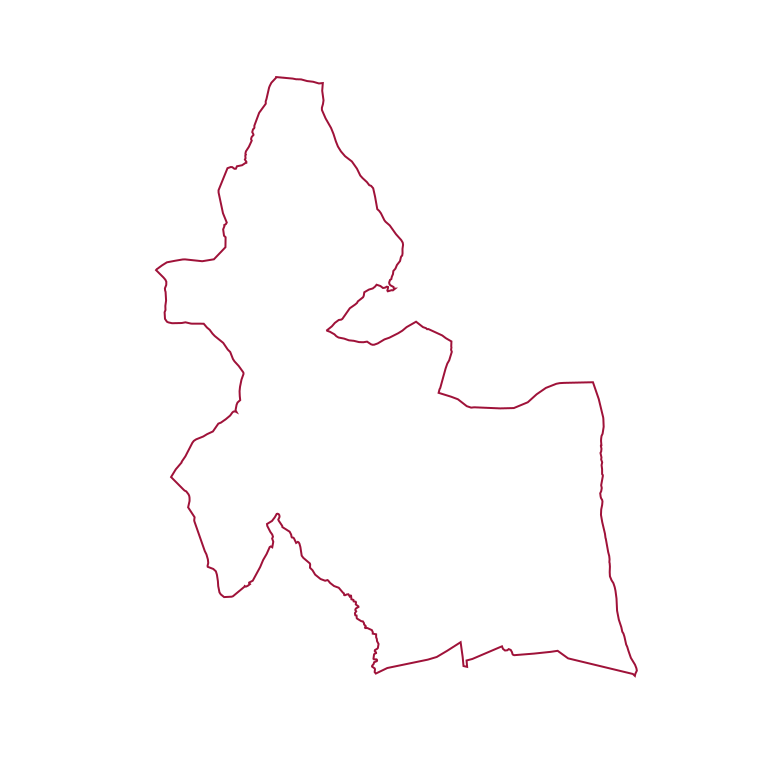 outline of Carta, Sibiu, Romania, rotated 354°
{"feature_id": "2599482B3340713178637", "entity_name": "Carta", "entity_type": "district", "adm_level": 2, "iso_a3": "ROU", "parent_name": "Romania", "parent_adm1": "Sibiu", "projection": "orthographic", "projection_center": [24.558, 45.797], "detail": "fine", "context": "isolated", "style": "outline", "palette": "rose", "viewbox_px": 768, "rotation_deg": 354, "n_neighbors": 0, "source": "geoboundaries", "source_scale": "gbopen_adm2", "svg_char_len": 6148}
<svg xmlns="http://www.w3.org/2000/svg" viewBox="0 0 768 768"><g transform="rotate(354 384 384)"><path d="M605.5,695.5L605.3,693.1L604.3,689.4L600.9,682.2L599.2,674.9L598.4,670.7L597.6,668.4L596.7,660.4L596.0,657.1L595.1,655.3L594.6,650.7L592.9,642.9L592.1,633.8L592.8,621.7L592.6,613.9L592.2,610.1L591.3,606.0L589.8,603.0L588.6,598.9L588.8,594.7L589.6,589.2L589.7,585.8L589.5,584.8L590.0,581.9L590.0,578.6L589.4,574.7L588.4,560.9L588.2,560.3L588.1,556.0L586.6,544.2L586.1,536.8L586.9,531.5L588.3,527.1L589.0,523.7L588.8,522.0L588.0,520.4L587.7,518.9L587.6,515.3L588.8,513.3L589.7,510.2L589.4,507.4L592.0,498.5L592.1,497.5L591.5,496.4L592.0,491.5L591.9,487.5L592.8,484.7L592.1,481.7L592.6,479.8L592.1,475.2L592.9,473.9L593.5,471.2L593.2,468.2L593.4,467.6L593.8,467.6L593.9,463.3L594.2,461.3L594.9,458.4L596.2,456.3L598.0,449.5L598.5,441.8L598.5,440.2L596.0,421.4L592.0,404.1L563.2,401.7L558.8,401.5L555.4,401.8L544.6,404.8L534.7,410.2L525.1,417.2L510.6,421.5L497.0,420.4L471.3,416.6L468.2,416.6L464.0,414.7L455.9,406.9L449.3,403.6L437.4,398.5L438.7,395.0L439.5,393.9L446.9,375.0L449.1,370.3L451.3,367.3L454.8,359.1L454.3,357.0L454.9,354.6L454.8,353.6L455.5,348.7L450.3,344.9L447.0,341.8L433.9,334.0L432.6,334.0L431.5,332.8L428.7,331.5L422.4,325.4L412.4,329.8L407.8,332.9L403.4,335.0L394.2,338.5L389.1,339.7L382.0,343.0L378.3,343.9L376.8,343.8L375.3,343.2L371.6,340.1L367.7,340.3L363.5,339.7L358.5,337.9L353.7,336.9L349.1,334.7L343.6,333.0L341.6,331.5L339.9,329.4L335.7,326.4L333.0,325.1L332.9,324.6L338.2,321.2L341.5,318.1L345.7,315.6L348.2,315.5L349.4,314.9L357.9,305.1L363.7,301.9L365.7,300.5L366.6,299.1L372.3,295.5L373.1,294.1L374.0,290.7L378.9,288.5L382.8,287.8L385.3,286.2L387.0,284.5L390.7,286.2L393.0,288.4L395.1,288.3L396.9,287.5L398.1,287.9L398.1,288.6L397.1,291.5L397.5,292.2L401.4,291.5L402.6,291.8L405.0,290.3L404.1,290.2L403.7,289.7L403.6,288.5L400.7,286.5L400.0,285.5L399.7,284.0L399.8,283.4L400.9,281.1L402.2,280.5L403.0,278.1L404.4,275.7L405.1,272.6L407.4,270.5L409.3,267.0L412.8,263.4L414.0,259.9L414.5,258.9L415.5,258.2L416.1,256.0L416.5,251.6L417.5,247.6L417.4,245.4L416.2,242.7L411.6,236.3L406.3,226.9L402.5,222.8L401.5,221.2L398.8,213.9L397.3,211.3L395.6,209.4L394.7,196.8L393.7,188.2L391.9,185.6L390.1,184.7L388.1,181.4L384.3,177.1L382.2,174.2L379.6,167.0L375.3,159.3L369.1,153.4L365.5,148.2L363.0,143.0L361.5,137.7L359.9,130.0L358.1,123.8L353.7,113.8L350.9,105.0L351.1,102.8L352.6,99.1L353.5,95.6L353.2,85.9L354.6,78.3L350.7,78.3L345.1,76.0L339.3,74.7L333.4,72.4L328.3,71.7L325.1,70.7L308.8,67.5L308.7,68.1L303.5,72.6L301.6,75.5L300.7,77.2L296.9,88.3L295.9,90.5L295.7,92.9L288.2,101.2L282.3,113.1L282.0,113.8L282.0,115.1L281.6,116.1L280.3,117.1L279.3,119.7L280.2,122.0L280.2,122.7L278.3,124.4L277.6,125.9L277.4,126.7L277.9,128.1L274.4,134.0L271.0,138.2L270.4,139.9L270.2,140.8L270.6,141.4L269.9,142.5L269.9,145.0L269.1,146.2L270.4,148.8L270.2,149.6L269.7,149.5L265.7,151.6L260.5,152.1L259.2,154.4L257.7,154.3L255.8,152.5L254.3,152.2L250.9,153.0L239.7,174.0L239.5,176.3L241.7,197.3L244.5,207.0L243.5,208.4L241.7,209.3L241.9,210.1L240.2,213.4L240.4,219.8L241.8,221.5L240.6,231.4L227.9,242.2L216.1,242.9L199.3,239.3L196.9,239.1L189.1,239.6L180.8,240.3L175.7,242.8L170.0,246.1L169.2,246.9L175.8,255.0L177.5,257.5L178.2,259.6L177.8,262.7L176.1,266.0L176.1,268.2L176.4,269.6L176.0,278.2L174.7,283.5L174.4,287.6L173.3,289.7L173.0,296.3L174.2,298.6L174.8,299.5L176.0,300.2L179.6,301.4L189.2,302.2L193.0,301.9L198.5,303.8L211.0,305.2L213.8,309.3L216.3,311.9L218.7,316.0L220.7,318.6L228.4,326.3L232.2,333.4L234.4,336.1L236.4,343.4L237.7,345.9L241.4,350.9L245.2,357.6L245.4,358.4L245.3,359.4L242.7,364.8L240.5,371.8L239.6,376.1L239.3,380.9L239.3,385.0L236.4,387.1L235.2,389.3L233.6,394.6L234.4,396.5L233.2,395.7L231.4,395.7L230.2,396.5L227.7,399.3L223.1,402.4L217.7,405.4L215.1,406.1L208.9,413.3L202.8,415.4L198.8,417.3L191.4,419.4L188.9,420.7L187.3,422.4L178.9,435.2L174.7,440.1L174.5,440.9L168.0,447.1L162.5,454.3L173.6,468.1L174.6,469.2L176.1,470.1L178.1,473.4L178.6,475.0L178.7,476.9L178.4,480.0L176.3,486.2L181.7,496.7L181.0,499.6L181.1,500.9L188.3,531.4L189.6,534.9L190.5,540.0L190.5,543.6L189.5,546.5L189.6,547.4L194.9,550.1L197.2,552.7L197.9,556.2L198.2,562.7L198.0,567.7L198.6,574.1L199.7,576.2L202.7,579.2L210.2,579.6L211.6,579.3L224.2,570.9L224.4,570.4L225.4,571.1L227.3,570.5L229.8,569.0L229.0,567.9L229.1,567.4L232.9,565.9L241.7,553.1L245.4,546.4L249.5,540.8L253.3,534.2L254.5,533.7L255.8,534.7L257.4,529.3L256.6,526.0L257.6,524.3L257.1,522.0L255.5,519.2L253.1,513.0L253.0,511.0L258.3,508.5L261.5,505.1L263.7,502.0L264.6,501.9L265.6,502.4L266.1,503.3L266.3,504.6L266.0,505.7L264.7,507.8L265.0,508.9L267.9,514.4L268.0,515.7L274.7,521.0L275.9,524.0L276.1,526.4L276.4,527.0L277.6,527.3L278.3,528.0L280.0,532.9L281.8,532.0L282.6,532.6L283.2,533.9L283.8,537.4L284.2,546.1L285.6,548.5L291.5,554.7L291.7,555.7L291.2,559.0L293.4,561.7L295.6,566.4L300.5,571.3L304.9,573.5L307.3,573.1L307.9,573.6L309.6,576.2L313.2,579.7L317.7,581.9L321.4,587.3L322.2,588.0L322.4,589.8L323.1,590.0L325.1,589.4L326.6,589.4L327.7,591.7L328.5,590.9L329.1,591.1L329.1,594.7L331.0,595.5L331.1,597.0L333.1,597.6L333.3,598.3L332.9,600.3L335.3,602.5L335.3,603.1L332.8,604.2L332.0,605.1L331.9,605.9L332.6,607.2L331.3,608.6L331.1,609.4L331.3,611.0L332.5,611.4L332.4,614.0L332.7,614.5L336.6,617.5L338.2,617.9L339.1,619.8L339.1,621.1L340.4,622.6L340.5,623.4L339.7,624.0L339.9,624.8L342.0,625.0L346.2,627.5L346.9,629.6L346.7,631.1L350.0,632.1L349.7,635.2L350.2,636.7L350.2,639.0L351.4,642.0L350.3,645.9L349.6,646.6L347.3,647.6L347.0,648.1L346.9,648.7L348.0,650.1L348.0,650.8L346.3,651.4L345.8,652.1L344.8,656.2L345.4,656.8L347.8,657.1L348.2,657.7L348.2,658.4L347.8,658.9L345.1,659.7L344.4,661.4L342.8,662.9L342.6,663.8L345.0,665.9L345.2,666.8L344.6,669.5L345.6,671.1L357.6,666.8L398.8,662.7L407.9,661.0L419.0,655.9L433.2,648.8L433.7,663.7L433.6,672.8L437.1,674.0L437.2,667.6L443.1,666.7L473.9,657.2L474.6,659.8L476.5,661.7L478.8,661.7L480.3,660.7L482.2,661.7L483.2,663.9L483.6,666.1L484.1,666.8L485.1,667.3L504.9,667.8L521.9,667.8L528.8,667.5L538.4,676.1L601.2,698.4L603.0,700.5L603.7,698.4L605.5,695.5Z" fill="none" stroke="#9f1239" stroke-width="2"/></g></svg>